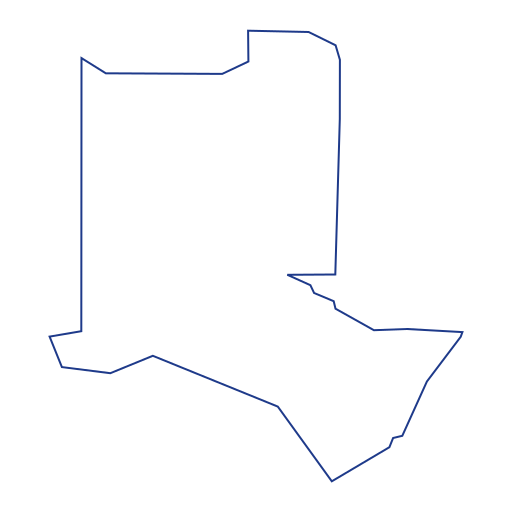 outline of Los Alamos, New Mexico, United States of America
{"feature_id": "52423323B125057761127", "entity_name": "Los Alamos", "entity_type": "district", "adm_level": 2, "iso_a3": "USA", "parent_name": "United States of America", "parent_adm1": "New Mexico", "projection": "albers", "projection_center": [-106.278, 35.865], "detail": "fine", "context": "isolated", "style": "outline", "palette": "blue", "viewbox_px": 512, "rotation_deg": 0, "n_neighbors": 0, "source": "geoboundaries", "source_scale": "gbopen_adm2", "svg_char_len": 487}
<svg xmlns="http://www.w3.org/2000/svg" viewBox="0 0 512 512"><path d="M335.3,274.5L339.8,119.0L339.9,59.8L335.6,45.3L308.6,32.0L248.1,30.7L248.4,61.5L222.2,73.9L105.8,73.3L81.5,58.1L81.3,331.2L49.6,336.6L61.9,367.1L110.3,373.2L152.8,355.8L277.8,406.6L331.8,481.3L389.4,447.2L393.1,438.0L402.3,435.8L426.9,381.5L460.7,336.8L462.4,332.1L407.0,329.0L373.9,330.2L335.5,308.7L333.7,301.2L314.1,293.0L310.4,285.2L287.3,274.8L335.3,274.5Z" fill="none" stroke="#1e3a8a" stroke-width="2"/></svg>